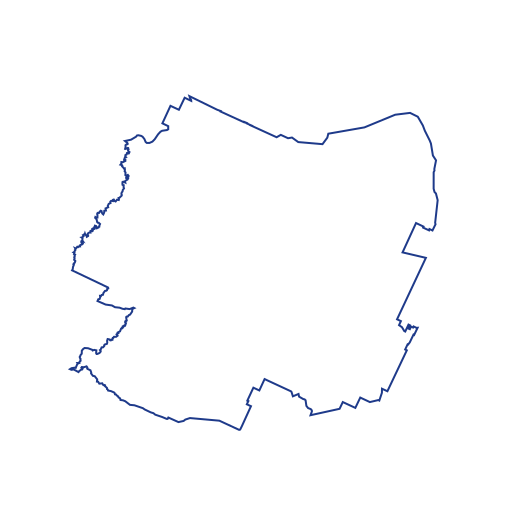 the district of Gilgandra, New South Wales, Australia, rotated 197°
{"feature_id": "25037944B57868667695206", "entity_name": "Gilgandra", "entity_type": "district", "adm_level": 2, "iso_a3": "AUS", "parent_name": "Australia", "parent_adm1": "New South Wales", "projection": "orthographic", "projection_center": [148.95, -31.633], "detail": "fine", "context": "isolated", "style": "outline", "palette": "blue", "viewbox_px": 512, "rotation_deg": 197, "n_neighbors": 0, "source": "geoboundaries", "source_scale": "gbopen_adm2", "svg_char_len": 6040}
<svg xmlns="http://www.w3.org/2000/svg" viewBox="0 0 512 512"><g transform="rotate(197 256 256)"><path d="M95.8,153.8L95.6,162.0L96.7,165.9L90.8,165.1L84.2,209.9L86.0,210.2L85.2,215.8L84.7,215.7L83.7,218.3L82.4,226.9L81.7,226.7L80.5,234.6L81.5,234.2L84.7,234.7L84.9,233.5L87.1,233.8L87.5,231.0L89.9,231.3L89.8,232.5L88.8,232.4L88.4,234.7L90.1,235.0L91.2,227.4L92.3,227.6L95.6,230.6L99.0,231.7L98.4,236.1L102.6,236.7L93.0,303.9L116.9,302.3L112.6,334.3L104.4,333.1L104.5,332.0L98.0,331.1L98.0,332.5L94.7,332.0L93.6,338.8L94.4,340.2L98.6,362.5L102.2,368.4L104.0,369.4L105.8,372.3L110.6,388.1L110.3,389.9L110.9,391.3L111.8,400.1L116.2,403.8L121.6,414.7L123.6,417.2L131.2,425.2L134.6,429.6L142.0,436.5L150.5,437.9L164.2,431.8L189.9,410.7L222.6,394.1L222.4,390.0L225.1,382.4L248.9,377.3L256.2,379.8L259.8,378.0L267.7,379.1L271.0,375.6L298.9,379.3L298.7,379.5L303.6,380.1L303.5,380.5L306.6,380.8L306.6,380.4L332.1,383.8L332.0,384.3L335.8,384.5L366.4,389.4L365.0,387.4L363.6,386.2L363.3,385.4L370.5,386.5L372.5,373.3L381.7,374.6L384.3,355.5L377.9,354.5L377.0,351.5L378.0,350.4L382.4,348.3L383.7,346.9L385.2,343.8L387.0,338.0L388.5,335.1L390.9,333.0L393.5,332.2L394.9,332.8L396.9,335.2L399.3,336.9L400.9,337.3L403.7,337.1L405.0,336.5L405.6,335.0L409.5,330.7L414.9,327.7L412.2,326.6L411.5,325.8L411.5,325.4L412.7,324.6L413.2,323.8L412.6,322.1L412.5,320.2L411.9,320.3L410.2,321.9L409.8,321.9L409.1,320.7L409.5,320.3L409.2,319.5L408.4,318.7L407.4,318.4L407.6,316.9L408.3,316.6L409.2,317.0L409.5,316.8L409.5,315.1L410.4,314.3L410.1,313.0L409.3,312.5L410.2,311.9L410.3,309.3L409.9,309.0L409.0,309.6L408.7,308.7L410.9,306.7L412.2,306.5L411.8,304.9L412.3,303.7L410.7,303.7L410.3,303.4L410.3,302.6L408.1,301.4L407.9,301.0L407.5,300.9L407.1,301.3L406.5,300.0L406.4,298.6L405.2,297.8L404.6,295.2L403.4,295.0L402.3,296.1L401.2,295.3L401.2,294.6L402.5,294.3L403.2,293.3L402.9,292.6L401.8,292.9L401.0,292.7L401.2,291.6L403.0,289.6L403.1,289.0L402.5,288.0L404.7,288.3L405.3,287.7L404.8,285.8L404.4,285.0L403.2,285.0L402.8,283.2L402.0,282.1L402.7,280.2L402.5,278.6L403.0,277.5L402.9,276.0L402.2,275.2L402.1,274.5L403.6,271.8L404.4,271.3L403.6,270.0L403.6,269.4L405.4,269.2L406.2,267.1L407.6,267.3L408.4,268.4L408.8,268.3L409.2,267.9L408.9,266.7L410.5,266.5L410.9,266.1L411.2,265.2L410.6,264.1L412.1,262.8L412.4,260.5L411.6,259.4L413.8,257.5L412.8,255.6L414.3,254.9L413.9,253.1L414.2,251.1L415.1,251.5L416.4,252.7L416.7,253.7L417.7,253.9L418.4,252.8L418.7,251.3L419.8,251.1L420.1,250.7L419.9,250.2L420.2,249.7L419.6,248.8L418.9,246.5L420.4,246.1L421.0,246.3L421.0,245.5L419.1,244.4L417.9,242.1L417.0,241.6L416.2,241.8L414.5,241.0L414.7,239.5L414.4,238.2L414.9,237.8L415.0,237.1L415.7,236.9L416.1,236.1L416.6,235.8L416.9,236.0L416.7,237.0L417.6,237.9L418.9,237.9L418.8,236.6L419.2,236.1L418.5,234.6L419.0,234.3L420.2,234.5L420.6,234.0L420.4,233.3L419.6,233.1L419.5,232.3L419.9,231.8L421.0,232.0L421.6,231.6L421.1,230.0L422.2,229.8L423.2,228.7L423.5,227.8L423.1,226.9L423.2,226.1L422.5,226.4L422.4,226.0L423.4,224.9L424.1,225.9L425.6,226.6L426.1,227.3L426.1,226.7L426.7,226.5L426.8,226.0L427.5,225.4L426.7,224.7L427.7,223.0L428.2,222.7L427.1,222.3L426.7,220.2L426.2,219.8L426.8,219.9L427.3,219.1L426.9,218.7L427.1,218.2L426.1,217.5L425.8,218.4L425.4,217.8L425.7,217.2L425.3,217.0L426.1,215.8L426.9,215.5L427.6,214.5L427.1,213.7L428.1,213.3L428.8,212.4L429.6,212.6L430.5,210.4L431.2,210.5L430.8,210.1L430.5,208.9L430.9,208.6L430.7,208.0L431.0,206.8L431.5,206.2L430.6,206.1L430.6,204.6L429.4,204.4L429.6,203.3L429.2,202.4L429.5,201.7L428.8,200.9L428.9,199.5L428.6,199.0L427.5,198.7L427.3,198.3L427.4,196.5L428.1,195.6L428.2,194.7L427.6,194.4L427.8,192.0L427.4,189.7L427.7,188.5L388.2,182.6L387.8,181.8L388.7,181.0L388.5,179.8L388.9,179.1L390.2,178.5L391.1,176.0L391.0,174.2L392.2,173.6L392.5,172.5L393.5,172.3L392.9,171.0L393.0,169.2L394.2,168.5L394.4,166.6L385.6,165.6L379.3,166.6L375.9,165.8L371.3,166.7L368.3,166.5L365.9,166.8L365.6,167.6L361.3,168.3L358.2,170.8L357.2,170.6L357.9,170.0L358.2,170.0L358.4,169.3L358.8,169.1L358.2,166.6L359.3,163.1L360.3,162.3L361.0,160.5L362.0,160.2L362.3,159.6L361.2,157.1L360.8,156.8L360.9,156.0L361.8,155.6L361.9,154.9L361.6,154.0L360.7,153.8L360.8,151.0L361.6,150.6L361.9,149.9L362.0,150.7L362.8,149.8L362.3,149.2L362.5,148.4L363.1,148.4L363.8,147.0L364.0,144.2L366.0,142.3L366.0,141.9L365.3,141.7L366.4,140.3L365.1,139.3L366.2,137.8L368.2,137.2L368.5,136.0L369.0,135.8L368.8,133.9L369.9,133.8L370.0,133.0L370.7,132.7L372.1,133.4L373.6,133.2L373.6,131.3L372.9,129.7L372.9,128.4L374.8,127.1L375.1,126.2L374.8,125.6L375.5,124.0L376.9,123.5L377.2,121.1L377.7,120.4L376.7,119.7L376.6,119.1L377.3,117.5L379.0,116.0L379.8,115.7L380.5,116.4L381.1,119.1L383.3,118.9L384.6,117.9L385.1,118.4L389.6,118.7L393.0,117.9L394.0,116.7L394.9,114.6L394.1,111.6L394.8,110.0L394.8,108.9L395.1,108.3L394.8,107.3L393.7,106.3L393.5,104.9L393.1,104.5L393.9,102.9L393.6,102.1L395.4,101.5L394.8,101.0L395.3,100.5L395.7,96.3L396.3,96.4L399.6,94.8L400.8,93.4L399.2,93.2L397.2,94.2L391.8,93.1L391.5,94.1L390.0,96.2L389.0,96.7L388.9,97.9L390.3,98.2L390.1,98.9L388.1,99.3L385.8,100.9L384.7,100.1L384.6,99.1L384.3,98.8L380.9,98.3L379.5,96.4L379.4,95.5L376.9,93.7L375.1,93.9L371.8,91.6L371.4,89.4L370.2,89.6L368.5,88.1L365.8,89.3L364.6,88.1L363.9,87.9L363.0,88.4L362.5,88.2L362.4,87.4L360.0,86.3L359.6,85.2L358.8,85.0L358.1,84.1L355.3,84.4L351.8,84.0L351.2,83.7L350.4,82.5L349.2,82.6L348.4,81.9L346.7,81.4L346.2,80.6L344.3,80.1L343.5,78.7L341.0,79.1L338.6,78.9L333.0,76.8L328.6,77.7L319.7,77.4L317.6,76.7L311.0,75.7L308.1,75.7L306.0,74.8L298.7,74.6L293.8,74.1L292.9,74.4L292.6,75.9L281.6,74.5L277.0,77.1L275.8,78.9L271.8,81.7L242.9,87.8L221.3,84.8L220.4,85.4L219.8,88.9L216.9,110.9L221.4,111.5L220.9,115.0L222.0,115.1L220.0,129.3L213.5,128.4L211.8,140.8L182.9,136.8L182.3,136.4L179.7,132.6L175.0,136.5L173.7,134.1L169.0,133.0L167.6,133.1L166.4,132.5L164.0,127.4L161.7,125.8L158.9,125.6L157.5,124.7L157.1,123.7L157.3,119.7L131.4,134.3L130.3,141.7L116.6,139.8L114.9,151.1L104.4,149.6L96.9,154.0L95.8,153.8Z" fill="none" stroke="#1e3a8a" stroke-width="2"/></g></svg>